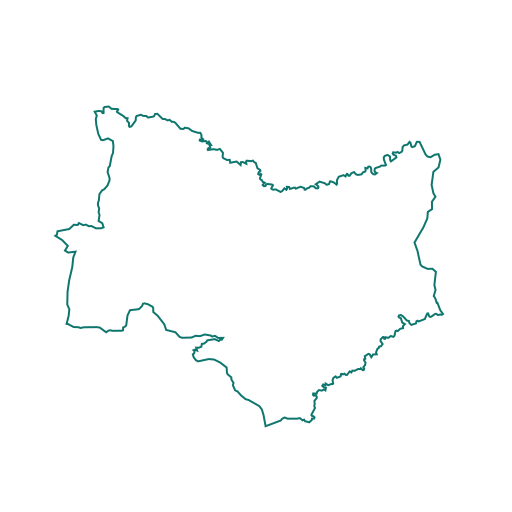 Niangara, Orientale, Democratic Republic of the Congo (Mercator projection), rotated 170°
{"feature_id": "63176286B33291186627226", "entity_name": "Niangara", "entity_type": "district", "adm_level": 2, "iso_a3": "COD", "parent_name": "Democratic Republic of the Congo", "parent_adm1": "Orientale", "projection": "mercator", "projection_center": [27.865, 3.502], "detail": "fine", "context": "isolated", "style": "outline", "palette": "teal", "viewbox_px": 512, "rotation_deg": 170, "n_neighbors": 0, "source": "geoboundaries", "source_scale": "gbopen_adm2", "svg_char_len": 6051}
<svg xmlns="http://www.w3.org/2000/svg" viewBox="0 0 512 512"><g transform="rotate(170 256 256)"><path d="M81.9,166.4L83.9,170.5L85.5,178.5L86.2,178.5L86.8,183.2L87.9,185.7L85.1,191.4L85.4,196.4L81.6,209.2L84.5,212.8L89.2,213.5L94.1,216.8L95.5,218.8L96.1,233.2L97.6,241.7L86.3,255.0L80.8,263.2L79.1,269.6L74.5,271.6L73.3,278.9L69.0,283.2L70.4,287.0L70.7,295.5L66.7,308.1L60.9,311.5L57.7,318.8L58.6,324.6L62.4,324.7L67.0,323.0L69.9,324.2L71.4,326.6L75.1,340.0L77.8,340.5L80.5,336.5L83.2,336.1L84.0,337.1L84.3,340.9L85.0,341.7L87.5,339.4L91.0,339.2L92.8,337.7L93.6,334.3L94.7,333.2L97.2,332.5L98.6,333.9L99.9,333.4L102.9,334.3L103.6,333.2L103.1,331.9L100.8,330.5L100.6,328.7L106.7,325.7L107.2,326.9L106.8,330.8L109.0,332.7L111.9,332.2L113.1,330.8L113.3,328.7L112.2,323.0L113.3,322.6L116.9,323.3L118.9,322.4L123.0,321.9L123.9,321.2L124.5,319.3L124.2,317.9L122.6,316.7L124.6,315.7L126.0,316.0L127.2,317.3L127.9,318.8L127.4,322.4L127.9,323.8L128.9,324.5L130.0,324.4L131.0,322.9L133.0,323.8L133.3,320.8L134.2,320.0L136.0,319.9L137.9,318.1L141.5,318.1L143.3,319.0L144.9,321.6L147.6,321.0L149.8,318.8L151.0,319.0L151.7,320.9L152.3,321.1L154.0,318.8L155.7,320.4L160.7,319.7L163.0,316.8L163.7,312.9L164.3,312.3L166.3,314.7L169.3,316.5L170.2,316.6L171.6,314.1L174.1,313.9L175.6,315.7L180.5,318.2L184.7,316.3L182.7,314.1L182.5,313.0L183.2,311.9L185.4,312.3L187.0,314.6L190.3,315.2L191.9,314.0L193.5,313.9L195.8,312.7L196.6,312.9L196.8,314.6L200.2,316.5L205.1,315.4L205.7,316.5L207.0,316.7L211.0,316.1L211.4,318.2L213.6,318.8L213.8,316.7L214.6,315.9L216.3,317.7L218.8,315.5L220.7,314.8L224.9,318.1L227.5,318.3L229.1,319.3L229.2,320.0L227.0,322.7L227.8,323.6L232.4,325.0L233.5,324.8L234.5,323.3L236.1,323.4L237.1,324.8L234.7,326.7L236.6,327.9L237.0,329.6L238.4,330.7L238.6,331.8L236.6,335.5L237.1,336.1L238.4,335.3L239.6,336.2L238.9,337.9L236.8,339.1L237.0,340.1L239.3,342.1L240.1,347.8L241.4,348.6L242.5,350.5L244.1,350.2L248.7,351.5L249.4,350.7L249.5,348.5L252.8,350.9L254.5,351.0L255.4,348.3L258.7,352.4L265.2,352.3L265.2,355.3L267.7,355.5L271.3,358.1L271.7,359.4L270.6,363.3L273.0,367.7L275.9,367.3L279.4,368.6L284.9,368.7L285.1,369.6L284.2,370.4L282.2,370.8L282.6,373.5L281.0,373.2L282.5,376.7L284.0,375.1L284.9,375.6L284.7,377.2L285.4,378.0L289.1,378.1L291.4,379.5L291.0,380.4L288.1,379.5L287.7,380.1L289.2,382.0L288.7,384.6L289.5,387.0L291.8,387.4L297.3,390.3L300.3,393.5L303.9,394.7L305.3,393.7L308.3,394.4L312.4,401.3L313.7,402.4L315.6,402.8L317.5,405.1L319.5,404.9L321.9,406.7L324.2,407.2L328.4,413.1L330.7,413.4L332.1,411.4L333.1,411.1L338.3,411.1L339.7,412.9L342.8,413.6L344.9,415.1L349.3,414.6L350.2,413.4L351.0,410.3L356.2,405.3L358.1,405.1L358.6,406.2L357.9,409.1L359.5,411.5L358.6,414.0L360.4,414.3L362.3,416.9L367.7,421.7L367.9,422.4L366.3,424.0L366.7,424.7L372.7,426.0L375.1,428.8L379.3,429.0L380.4,428.2L381.3,423.3L382.3,423.4L383.0,425.3L385.8,426.2L389.8,426.1L388.4,421.9L390.0,418.7L390.5,412.6L390.1,403.6L388.4,397.3L386.6,396.6L381.3,397.5L377.0,394.0L377.3,388.8L378.9,382.4L380.9,379.2L384.4,369.9L386.0,368.7L387.6,364.3L386.7,358.5L387.0,356.1L390.1,351.1L394.0,348.0L396.1,347.4L399.4,344.2L401.1,338.1L402.5,335.5L402.8,333.2L402.2,330.1L403.4,326.3L403.0,323.5L404.9,317.8L401.7,315.0L401.1,310.7L403.5,310.2L408.7,311.0L412.9,314.1L415.3,314.3L418.1,316.4L420.9,316.4L424.6,319.2L426.2,317.5L430.0,318.4L435.2,315.0L447.2,314.8L448.4,311.5L450.1,310.7L444.0,305.2L439.6,298.6L443.2,294.5L440.4,292.0L433.0,291.6L436.2,286.3L438.9,276.9L444.2,264.5L447.8,253.5L450.3,241.0L449.1,235.9L450.9,229.6L454.3,222.0L452.9,221.6L447.9,217.7L443.2,216.7L441.4,215.6L437.9,215.7L425.2,213.6L422.2,212.6L416.8,206.9L414.4,208.1L412.6,208.2L410.1,207.2L400.9,205.7L399.8,206.0L399.3,208.6L396.8,209.4L395.8,210.4L392.9,219.7L389.5,224.5L380.5,224.0L377.0,226.4L375.6,228.6L374.0,228.7L370.9,227.3L366.7,224.0L366.3,222.3L366.9,218.7L363.2,214.2L358.2,204.7L357.3,198.8L348.6,194.9L345.3,189.6L343.0,188.3L333.6,186.9L329.4,187.9L325.1,186.8L320.1,187.6L314.5,185.6L313.3,184.4L310.1,184.4L307.6,181.9L302.7,181.1L304.2,179.5L306.0,179.7L307.4,178.7L311.1,181.3L318.7,181.4L319.7,180.1L322.7,178.7L324.6,178.9L325.6,176.1L328.6,175.6L330.8,176.1L330.4,173.1L332.4,174.4L333.8,174.1L333.0,173.2L333.8,170.9L335.3,170.1L335.0,167.3L333.4,164.0L331.4,162.3L320.3,162.7L315.2,161.3L309.9,157.4L304.3,151.3L304.9,145.8L304.3,144.2L301.4,140.8L301.7,138.7L300.2,134.9L301.2,132.7L299.9,127.4L297.6,125.7L295.0,121.4L291.2,116.9L288.2,115.4L278.8,107.6L276.9,103.9L276.2,98.0L276.1,86.7L260.2,89.7L258.4,91.2L255.9,92.0L253.1,90.3L243.8,88.7L240.9,88.7L238.7,86.1L237.1,86.5L236.4,84.8L232.5,83.0L229.6,84.7L229.1,86.1L227.0,85.8L226.4,87.0L227.2,88.2L228.5,88.6L229.1,89.9L224.3,96.1L224.7,98.1L223.9,99.9L223.7,103.0L220.8,105.7L220.6,107.1L221.3,108.3L223.3,108.4L224.0,109.4L223.5,110.7L220.1,110.0L219.4,111.6L217.3,113.0L214.4,112.0L212.3,112.8L211.0,111.6L210.0,114.2L212.2,115.2L213.3,116.6L212.2,117.8L210.1,116.8L209.6,118.3L207.3,116.2L203.9,116.9L202.8,116.5L202.1,117.1L202.2,120.5L200.8,122.6L198.5,123.6L197.5,122.0L194.1,122.6L193.3,123.2L192.8,125.0L191.9,125.1L190.9,124.3L189.2,124.7L188.4,123.4L187.2,123.0L183.7,126.1L182.3,124.8L181.0,126.4L178.9,125.8L174.9,127.0L173.0,126.5L172.3,127.2L170.7,125.1L169.9,124.9L169.0,126.2L169.6,127.9L167.4,129.7L166.7,132.2L167.7,134.6L167.5,135.5L166.2,135.8L166.3,138.4L162.3,140.1L161.2,139.6L160.0,136.3L157.9,138.7L154.2,138.2L154.5,140.3L152.4,143.7L151.2,143.9L150.5,145.4L148.5,145.4L146.6,147.3L148.1,150.5L147.7,152.3L145.0,154.2L144.4,154.0L144.1,152.2L143.3,152.0L142.5,153.5L140.0,152.4L137.1,153.8L134.7,152.5L133.4,153.5L131.7,157.8L130.6,158.1L129.5,157.4L126.6,159.3L123.7,159.4L123.5,161.4L121.2,163.1L123.5,165.0L124.2,169.7L125.7,170.5L126.2,171.6L125.6,172.6L123.5,172.7L121.6,170.9L118.6,166.2L116.7,165.5L116.6,163.4L115.0,161.2L110.2,161.8L109.3,163.9L108.1,164.2L107.2,163.3L100.7,164.6L97.4,169.6L96.5,169.6L95.9,166.5L95.1,165.8L94.0,165.8L89.5,167.9L88.5,167.7L87.0,166.2L84.7,166.4L83.4,165.8L81.9,166.4Z" fill="none" stroke="#0f766e" stroke-width="2"/></g></svg>